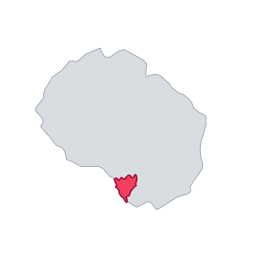 Gevgelija on a map of North Macedonia (Mercator projection), rotated 54°
{"feature_id": "MKD-2998", "entity_name": "Gevgelija", "entity_type": "Statistical Region", "adm_level": 1, "iso_a3": "MKD", "parent_name": "North Macedonia", "parent_adm1": "", "projection": "mercator", "projection_center": [22.379, 41.246], "detail": "fine", "context": "in_parent", "style": "filled", "palette": "rose", "viewbox_px": 256, "rotation_deg": 54, "n_neighbors": 0, "source": "natural_earth", "source_scale": "10m", "svg_char_len": 2629}
<svg xmlns="http://www.w3.org/2000/svg" viewBox="0 0 256 256"><g transform="rotate(54 128 128)"><path d="M116.6,68.5L120.5,69.0L128.8,66.6L134.1,63.3L136.7,62.8L140.2,61.6L145.3,61.7L150.5,63.2L157.0,61.3L163.5,58.2L166.1,59.0L168.9,61.6L170.7,62.3L181.4,76.2L187.2,81.9L194.1,86.1L202.0,89.2L204.8,92.2L209.8,107.0L212.2,112.5L215.6,114.2L216.4,115.8L216.5,117.9L212.8,128.3L211.2,151.3L210.3,153.1L206.4,153.0L201.2,153.5L199.2,155.3L197.1,167.7L188.7,171.2L181.1,173.2L174.6,172.7L163.3,169.8L159.7,169.5L156.5,171.2L146.4,172.0L142.0,174.2L131.6,188.6L121.1,193.6L117.5,196.1L109.5,192.9L105.6,192.6L100.1,196.2L87.9,196.6L84.6,197.2L75.2,197.8L74.8,195.8L73.1,192.9L68.7,191.6L59.7,192.7L57.5,190.6L53.9,178.4L51.0,176.4L47.8,172.3L42.3,159.0L42.2,153.2L42.5,148.1L39.5,136.1L41.4,133.0L44.2,131.1L44.2,126.3L43.4,118.9L46.7,104.4L47.6,103.4L48.5,104.1L56.5,105.2L58.6,103.4L60.0,100.5L60.4,89.9L62.3,85.0L81.8,75.7L87.5,75.3L91.9,79.6L95.4,82.4L97.5,82.3L98.3,79.5L100.6,74.2L104.6,71.1L116.5,68.5L116.6,68.5Z" fill="#d9dde1" stroke="#a8b0b8" stroke-width="1"/><path d="M187.5,172.7L186.4,173.1L184.9,173.2L182.6,172.8L181.5,172.9L180.2,173.3L179.2,173.5L178.1,173.6L176.1,173.5L175.3,173.2L173.8,172.3L173.2,172.0L172.3,171.9L170.6,172.2L169.3,172.3L168.7,172.6L168.3,172.6L168.1,172.3L168.0,171.1L167.8,170.7L167.2,170.5L165.1,170.3L162.5,169.4L161.7,169.3L161.3,168.3L161.4,167.9L161.5,167.3L161.8,166.8L162.2,166.6L163.3,166.4L164.3,166.4L164.8,166.4L165.0,166.2L165.0,165.8L164.9,165.4L164.7,164.9L164.6,164.1L164.4,163.6L164.2,162.9L164.2,162.4L164.4,162.3L164.7,162.3L165.1,162.3L165.9,161.9L166.4,161.4L167.1,160.8L167.4,160.7L167.8,160.5L167.8,160.0L167.7,159.8L167.3,159.8L166.9,159.6L166.8,159.0L166.8,158.5L166.8,157.3L166.8,156.8L166.6,156.5L166.4,156.0L166.4,155.9L166.4,155.6L166.8,155.1L167.3,154.5L167.7,154.2L168.3,154.1L169.1,154.1L170.0,154.2L170.6,154.2L170.9,154.0L171.0,153.6L171.1,152.9L171.0,152.2L170.7,151.2L170.5,150.9L170.1,150.5L170.1,150.0L170.1,149.5L170.2,149.3L171.2,149.4L171.8,149.4L172.3,149.5L173.0,150.3L173.9,150.7L174.6,150.8L175.0,151.2L175.6,152.1L176.7,153.4L177.3,154.3L177.8,154.8L178.5,155.1L179.0,155.1L179.3,155.2L179.5,155.9L179.5,156.7L179.4,158.5L179.8,159.3L180.2,160.7L180.2,161.6L180.2,162.4L180.8,162.6L181.0,162.9L181.0,163.4L181.3,163.9L181.7,164.5L181.8,164.5L182.1,165.0L182.5,165.4L182.8,166.0L183.2,166.5L183.3,167.0L183.3,167.4L183.1,168.2L182.9,168.9L182.8,169.4L182.8,169.8L182.7,170.2L182.9,170.4L183.2,170.4L183.7,170.4L184.5,170.5L185.1,170.9L186.2,171.5L187.3,172.2L187.5,172.6L187.5,172.7Z" fill="#f43f5e" stroke="#9f1239" stroke-width="1.5"/></g></svg>